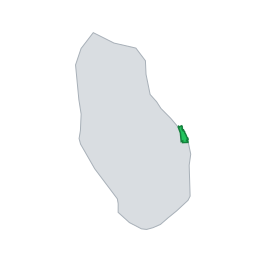 90, Al Wakrah, Qatar shown in context, rotated 335°
{"feature_id": "91078587B10284648984722", "entity_name": "90", "entity_type": "district", "adm_level": 2, "iso_a3": "QAT", "parent_name": "Qatar", "parent_adm1": "Al Wakrah", "projection": "orthographic", "projection_center": [51.614, 25.13], "detail": "fine", "context": "in_parent", "style": "filled", "palette": "green", "viewbox_px": 256, "rotation_deg": 335, "n_neighbors": 0, "source": "geoboundaries", "source_scale": "gbopen_adm2", "svg_char_len": 2133}
<svg xmlns="http://www.w3.org/2000/svg" viewBox="0 0 256 256"><g transform="rotate(335 128 128)"><path d="M136.9,223.7L126.5,226.3L116.7,229.1L108.5,228.9L102.0,227.8L97.6,225.1L89.3,214.3L83.4,200.3L87.1,192.5L88.4,187.7L80.6,150.9L78.2,122.6L79.2,116.9L83.8,110.2L91.4,95.6L95.5,81.4L107.1,48.7L119.1,36.1L136.8,26.9L151.2,45.1L168.9,58.9L172.2,74.4L167.0,87.0L162.2,107.0L165.0,116.2L166.1,124.2L170.9,137.6L175.6,154.9L176.4,167.0L173.8,178.2L167.7,187.6L155.5,216.0L151.8,218.9L136.9,223.7Z" fill="#d9dde1" stroke="#a8b0b8" stroke-width="1"/><path d="M170.5,162.8L172.1,162.8L171.3,164.3L176.8,166.6L176.7,166.5L176.7,166.4L176.6,166.1L176.5,165.8L176.5,165.6L176.4,165.1L176.5,165.1L176.6,164.9L176.7,164.7L176.9,164.3L176.8,164.2L177.0,164.2L177.0,163.9L176.9,163.9L177.0,164.0L176.9,164.1L176.8,164.3L176.7,164.5L176.5,164.8L176.4,164.7L176.5,164.7L176.6,164.4L176.8,163.8L176.8,163.7L177.1,163.0L177.1,162.9L177.3,162.7L177.5,162.3L177.6,162.6L177.7,163.1L177.5,163.6L177.5,163.8L177.3,163.8L177.3,164.0L177.2,164.1L177.1,164.4L177.3,164.1L177.5,163.8L177.6,163.7L177.7,163.3L177.7,163.1L177.8,163.0L177.8,162.9L177.7,162.6L177.7,162.4L177.7,162.1L177.8,162.1L177.7,161.8L177.7,161.7L177.6,161.4L177.5,161.1L177.4,160.5L177.5,160.2L177.6,159.9L177.6,159.0L177.6,158.8L177.6,158.5L177.6,158.4L177.6,158.2L177.6,157.9L177.6,157.6L177.6,157.4L177.5,157.1L177.5,156.9L177.4,156.8L177.4,156.6L177.4,156.4L177.4,156.2L177.5,156.1L177.6,155.9L177.7,155.6L177.7,155.3L177.7,155.1L177.6,154.9L177.5,154.6L177.4,154.6L177.3,154.4L177.2,154.3L177.1,154.2L177.0,153.9L176.9,153.8L176.8,153.7L176.7,153.5L176.7,153.4L176.8,153.4L176.7,153.4L176.7,153.2L176.6,152.9L176.8,152.8L176.9,152.6L177.4,153.0L177.4,153.3L177.5,153.3L177.5,153.0L176.6,152.4L176.6,152.2L176.7,151.9L176.7,151.7L176.8,151.7L177.0,151.3L177.2,151.2L177.3,151.1L177.3,150.9L177.2,150.9L177.3,150.8L177.3,150.5L177.3,150.4L177.4,150.2L177.5,150.0L177.5,149.9L177.7,149.7L177.7,149.4L177.7,149.2L177.6,148.8L177.6,148.7L175.6,148.6L175.2,148.9L174.7,148.2L174.5,147.8L173.9,148.4L173.4,154.6L170.5,162.8Z" fill="#22c55e" stroke="#15803d" stroke-width="1.5"/></g></svg>